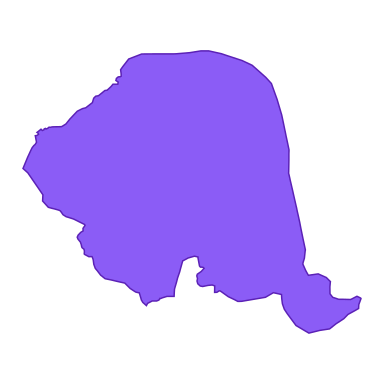 outline of Dawran Anis, Dhamar, Yemen
{"feature_id": "15242507B11667753358697", "entity_name": "Dawran Anis", "entity_type": "district", "adm_level": 2, "iso_a3": "YEM", "parent_name": "Yemen", "parent_adm1": "Dhamar", "projection": "orthographic", "projection_center": [44.103, 14.829], "detail": "fine", "context": "isolated", "style": "filled", "palette": "violet", "viewbox_px": 384, "rotation_deg": 0, "n_neighbors": 0, "source": "geoboundaries", "source_scale": "gbopen_adm2", "svg_char_len": 3872}
<svg xmlns="http://www.w3.org/2000/svg" viewBox="0 0 384 384"><path d="M280.8,111.9L277.1,99.4L275.4,94.7L271.4,83.5L265.7,77.3L252.2,65.3L242.0,60.5L226.4,55.4L221.4,53.7L216.4,52.6L215.5,52.4L210.2,51.2L208.7,50.9L200.8,50.9L189.5,52.7L187.1,52.9L176.0,53.8L173.5,53.9L170.3,53.9L169.8,53.9L163.8,53.9L160.2,53.9L154.6,53.9L141.7,54.0L128.7,59.0L122.8,66.6L120.6,69.7L121.1,73.5L121.2,75.4L121.1,76.3L120.3,76.7L118.2,76.9L116.4,78.4L115.9,80.5L118.2,82.1L117.8,84.2L113.0,84.2L111.5,86.0L111.1,86.5L107.1,90.2L104.9,90.5L98.5,95.7L95.7,96.2L93.7,98.2L92.4,102.6L85.7,107.8L82.5,108.6L77.3,111.2L70.0,118.9L65.9,124.0L61.7,126.6L60.2,126.7L54.5,126.8L52.1,126.9L50.4,127.3L49.2,127.2L48.6,127.4L47.8,128.3L47.0,128.6L46.2,128.9L46.0,129.0L45.4,128.4L44.2,128.9L43.9,129.8L43.7,129.9L42.3,130.5L41.0,129.2L39.2,130.7L37.0,132.4L38.1,133.2L38.5,134.3L36.9,135.5L35.3,135.7L36.5,142.3L35.1,144.5L33.9,145.5L32.2,147.6L30.8,150.4L28.6,155.2L27.7,157.1L23.0,168.5L27.8,172.8L42.9,194.8L42.6,201.0L48.3,207.3L52.2,208.4L53.6,208.7L54.4,208.9L56.9,209.6L57.6,209.8L58.9,210.2L60.2,210.8L60.3,210.9L60.4,211.0L61.5,212.5L63.0,214.7L66.1,216.7L68.5,217.4L73.5,219.0L84.6,224.5L85.0,225.4L85.0,225.5L83.0,228.3L83.1,230.9L80.8,232.3L78.2,235.0L77.2,237.2L77.5,237.9L77.9,239.0L79.5,241.0L80.0,241.6L80.2,241.8L80.3,241.9L81.1,244.2L81.5,245.4L81.4,245.8L82.0,247.6L83.4,248.8L83.9,249.1L84.3,250.5L84.4,252.1L84.2,253.3L84.4,254.3L88.9,256.7L89.1,256.7L91.2,256.6L92.0,256.6L92.8,258.5L92.9,258.9L93.2,259.8L93.8,264.3L95.3,268.4L97.5,271.0L98.3,272.1L100.0,274.3L100.6,275.1L100.8,275.3L102.3,276.4L103.2,277.2L103.6,277.5L105.1,278.7L111.4,280.0L117.2,281.4L124.8,283.1L126.1,284.4L130.2,288.5L131.9,289.6L133.1,290.4L135.6,292.0L136.6,292.3L139.0,292.8L139.3,292.8L139.5,293.6L140.0,295.2L140.8,297.9L141.4,300.1L141.7,300.5L142.8,302.4L146.4,305.6L147.4,303.7L147.7,303.3L152.2,301.0L154.1,301.0L156.6,301.0L158.9,300.1L159.9,298.5L160.2,298.7L162.4,297.8L166.3,296.6L166.9,296.4L167.0,296.4L172.7,296.4L174.1,296.4L174.3,292.3L174.5,289.2L174.8,288.0L176.3,282.9L176.6,281.8L177.3,279.1L177.6,277.9L179.7,271.8L180.5,268.7L182.7,260.9L183.3,260.6L186.3,259.0L188.3,257.9L188.8,257.8L194.4,256.2L195.9,256.5L197.2,256.8L197.5,256.9L198.0,257.0L198.0,258.0L199.5,266.0L200.4,267.1L201.5,267.1L203.2,267.4L204.1,268.3L201.2,271.5L197.3,274.2L196.8,275.9L197.5,278.6L197.0,281.0L197.6,283.2L197.8,283.8L198.1,284.1L199.9,285.7L200.2,286.0L202.7,286.5L208.0,285.4L212.2,285.0L214.7,285.9L214.6,292.4L216.9,292.3L219.3,290.8L220.3,291.0L221.2,291.6L228.3,296.7L234.6,299.7L237.8,301.4L239.2,301.4L241.7,301.3L265.4,297.3L265.6,297.2L269.2,295.1L273.2,292.8L273.3,292.7L278.9,293.9L279.3,294.0L281.5,294.5L281.7,298.1L282.4,303.8L284.3,309.2L287.2,313.6L296.0,325.5L306.3,331.6L306.5,331.7L308.9,333.1L319.8,330.4L329.6,328.9L336.0,323.8L343.8,318.7L348.0,314.4L354.6,310.8L358.6,308.5L358.8,304.6L361.0,298.6L360.7,298.1L359.5,297.5L358.9,297.2L357.0,296.3L356.9,296.3L351.3,299.2L351.2,299.2L350.6,299.5L343.0,299.3L338.8,299.3L338.1,299.1L337.1,298.8L337.0,298.7L333.6,297.6L332.7,297.3L330.4,294.3L330.0,293.8L330.0,293.7L329.9,286.9L330.3,282.5L330.4,281.5L329.9,281.1L326.3,277.5L318.2,273.9L311.8,274.8L308.4,275.3L306.9,272.7L306.2,271.4L305.6,270.3L302.9,264.2L303.0,262.9L304.4,258.2L305.2,250.7L305.4,250.0L303.9,242.9L303.7,242.0L303.5,241.0L303.2,239.7L300.9,228.5L300.0,223.8L299.7,222.2L298.9,218.6L298.7,217.6L298.3,215.8L297.2,211.0L296.5,207.5L296.1,206.0L296.1,205.9L295.6,203.7L294.3,198.0L293.2,193.1L292.8,191.3L290.2,180.1L290.0,179.3L290.0,179.1L289.1,175.1L288.8,173.9L288.6,173.3L288.7,171.8L288.9,160.5L288.9,159.8L288.9,153.7L289.0,151.0L289.0,149.8L287.6,143.1L286.4,137.5L286.2,136.7L285.3,132.1L284.8,129.8L283.8,124.9L282.6,119.2L281.8,115.4L281.6,114.6L281.0,112.6L280.8,112.1L280.8,111.9Z" fill="#8b5cf6" stroke="#5b21b6" stroke-width="1.5"/></svg>